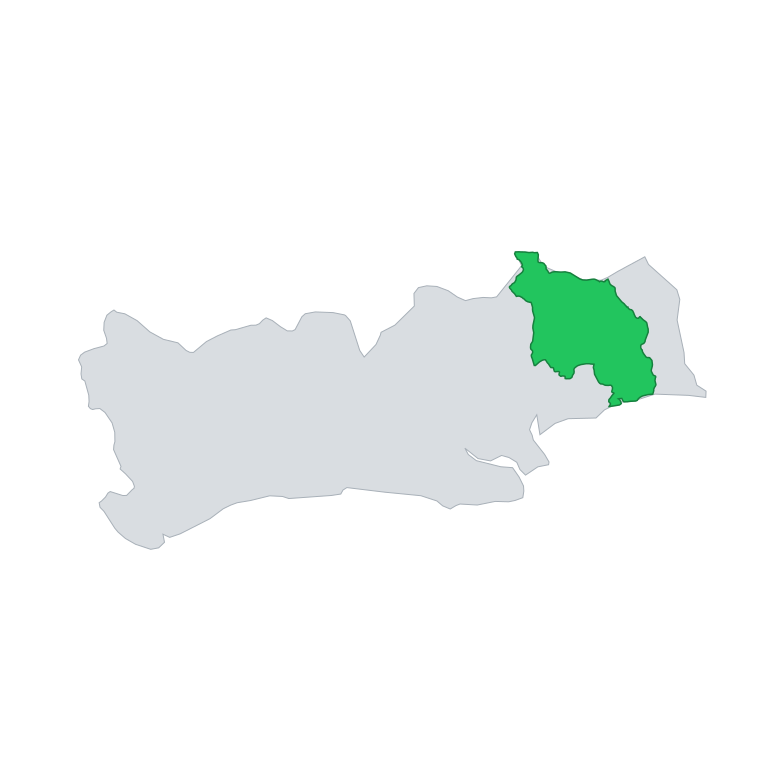 location of Beja within Portugal, rotated 253°
{"feature_id": "PRT-743", "entity_name": "Beja", "entity_type": "District", "adm_level": 1, "iso_a3": "PRT", "parent_name": "Portugal", "parent_adm1": "", "projection": "albers", "projection_center": [-7.969, 37.829], "detail": "fine", "context": "in_parent", "style": "filled", "palette": "green", "viewbox_px": 768, "rotation_deg": 253, "n_neighbors": 0, "source": "natural_earth", "source_scale": "10m", "svg_char_len": 6295}
<svg xmlns="http://www.w3.org/2000/svg" viewBox="0 0 768 768"><g transform="rotate(253 384 384)"><path d="M303.3,99.6L311.8,91.6L320.1,86.4L324.8,84.4L344.0,79.0L349.1,76.4L353.8,76.9L354.6,79.5L357.3,84.6L360.4,88.1L361.2,90.7L353.7,101.6L352.7,105.3L356.6,112.4L357.3,114.4L359.1,115.4L364.3,115.1L373.6,110.6L379.9,106.8L382.1,108.4L400.3,106.2L404.6,107.9L407.5,109.8L416.5,112.4L426.3,112.6L438.3,108.9L443.6,105.1L444.6,101.0L444.8,97.9L446.3,96.0L449.1,94.8L453.4,96.8L459.6,98.4L474.3,98.8L477.2,96.5L482.2,97.2L488.8,99.9L496.4,98.9L500.3,102.3L502.0,107.0L502.6,117.1L502.2,127.3L503.7,131.1L508.9,132.0L517.3,131.7L524.8,134.4L530.8,139.1L532.8,144.0L533.7,147.4L530.8,149.4L526.9,156.7L516.8,166.4L502.3,175.3L491.2,186.1L483.6,199.0L474.0,204.5L471.1,207.5L469.9,211.0L476.5,226.6L478.7,238.6L480.4,253.4L479.4,257.6L479.1,273.9L477.7,278.7L478.1,282.5L480.5,286.7L481.7,290.6L477.3,295.8L469.1,301.7L463.1,307.0L461.5,311.9L462.0,314.9L472.3,325.1L474.2,329.2L473.0,339.4L467.2,356.1L461.7,366.3L460.7,367.3L454.2,370.2L423.2,370.6L415.6,372.9L416.7,374.9L424.1,387.9L431.8,394.8L434.3,396.3L437.1,411.6L449.7,435.8L461.8,439.1L466.1,445.1L465.4,453.6L461.8,463.1L454.4,472.7L445.7,479.6L439.9,486.3L439.6,494.2L437.8,504.1L435.0,511.9L434.4,517.2L456.9,550.2L469.3,548.5L471.0,549.2L468.8,557.2L465.0,566.5L460.3,568.3L449.7,571.2L439.6,583.3L431.5,597.7L425.4,604.7L419.8,621.9L420.6,629.3L423.4,640.8L429.4,670.6L421.0,671.9L388.5,691.6L378.4,691.6L359.5,683.0L326.3,680.1L315.5,677.5L301.9,683.0L291.4,682.8L283.0,689.9L277.1,687.8L284.1,671.9L295.1,640.2L294.8,620.8L297.5,604.0L294.8,587.3L289.5,576.8L297.0,549.9L296.3,536.0L289.9,518.3L309.9,521.1L303.7,514.1L297.7,509.8L291.8,510.7L286.8,510.4L269.7,517.0L261.2,519.0L258.7,517.8L259.8,506.9L255.5,492.7L262.4,489.0L270.3,488.1L277.1,482.1L281.3,475.5L279.3,463.4L285.2,452.1L299.0,442.6L291.9,444.0L283.7,449.9L270.7,471.5L266.4,482.5L255.5,486.0L245.7,487.6L240.7,486.4L234.7,483.5L234.3,475.3L234.9,468.8L239.2,456.0L241.0,437.8L247.0,421.6L246.7,417.3L245.1,410.8L250.3,404.5L256.7,400.4L266.4,386.6L280.2,353.4L295.8,318.2L294.6,313.8L291.4,310.5L292.8,301.0L302.3,259.5L306.1,254.1L310.5,242.0L311.6,222.3L313.4,208.8L313.0,202.0L311.7,193.8L306.1,178.2L300.3,145.2L300.0,134.2L305.0,128.7L296.8,127.8L293.2,120.6L294.1,112.6L303.3,99.6Z" fill="#d9dde1" stroke="#a8b0b8" stroke-width="1"/><path d="M471.6,548.0L471.9,548.2L471.0,551.6L470.3,553.4L469.0,557.4L467.3,561.1L466.5,564.7L465.6,566.2L464.9,569.1L462.5,569.4L457.1,567.3L455.5,567.1L454.7,568.0L453.8,570.6L452.8,571.9L452.1,572.3L450.9,572.7L449.7,573.3L448.5,573.2L447.3,572.8L446.1,572.7L445.1,573.4L442.1,574.1L441.4,574.8L441.5,575.8L441.8,576.9L441.8,578.1L441.4,580.3L439.3,585.9L438.3,590.0L435.7,594.6L427.1,602.1L425.4,604.5L424.1,608.1L423.3,613.9L422.8,615.7L422.2,616.7L419.7,619.4L418.8,620.0L419.1,620.7L419.0,621.3L418.8,621.9L418.7,622.5L417.7,623.6L417.4,624.1L417.4,625.4L417.6,625.5L417.9,625.5L418.5,627.1L418.5,627.9L418.7,628.6L418.8,628.8L416.5,629.2L413.7,629.3L411.8,630.3L409.9,632.1L408.8,632.9L408.0,633.0L407.4,632.8L406.1,632.5L405.5,632.2L400.5,632.2L393.0,635.4L391.4,636.5L390.7,636.9L390.2,637.3L389.6,637.4L387.9,638.3L387.1,638.5L386.5,638.8L386.4,639.7L384.9,639.8L383.3,640.9L383.1,641.6L382.6,642.4L381.3,643.2L378.7,643.6L377.4,643.6L374.3,644.1L373.1,645.0L372.7,645.8L372.5,646.6L372.8,647.1L373.5,648.1L373.5,648.6L372.8,648.9L369.5,650.7L367.3,652.4L365.9,653.1L364.9,653.1L361.3,652.7L359.4,652.7L356.3,651.8L349.7,646.7L348.2,646.0L347.1,644.7L346.8,643.9L346.6,642.2L345.9,640.8L343.5,640.1L341.8,640.4L341.0,640.9L340.0,640.7L338.9,640.7L336.9,641.2L333.2,642.5L332.8,642.8L332.2,643.7L332.0,644.6L331.5,645.7L329.9,646.4L328.2,647.1L324.1,646.4L322.7,645.8L319.1,643.6L317.9,643.4L314.2,644.0L313.5,644.3L313.0,645.0L312.5,645.6L311.9,646.0L311.0,645.8L310.5,645.3L308.0,644.1L304.1,643.9L303.3,643.5L302.5,642.7L301.7,641.7L300.2,640.4L298.7,640.0L296.8,638.8L295.7,638.0L296.1,636.4L296.7,633.2L297.0,627.7L296.4,624.8L295.5,622.9L294.3,621.4L294.1,619.8L295.4,614.6L295.9,611.3L296.8,608.2L298.0,607.6L300.7,607.2L301.3,604.3L301.3,603.8L300.4,604.6L298.3,605.2L295.9,605.2L295.1,603.1L295.9,597.0L296.7,592.7L297.6,593.6L298.2,594.4L298.6,594.7L299.3,594.8L300.0,594.4L300.8,594.0L301.4,593.8L303.1,594.4L303.8,595.2L304.1,595.9L306.5,598.9L307.4,600.5L307.8,601.1L308.4,601.1L308.8,600.5L309.1,599.9L309.7,599.6L310.4,599.7L311.2,600.2L311.9,600.7L313.5,601.4L314.5,601.5L316.1,601.0L316.7,600.2L316.9,599.2L317.0,598.3L317.9,595.7L318.4,594.8L320.0,593.1L320.4,592.2L320.6,591.4L321.6,590.5L323.2,589.8L331.7,588.2L335.9,589.0L338.4,589.0L338.7,589.1L341.5,590.6L342.8,587.3L343.3,586.4L344.3,583.2L345.0,577.9L344.9,574.5L344.0,571.9L343.4,570.7L342.2,569.7L340.9,569.6L339.9,569.3L338.7,568.7L337.3,567.0L335.4,565.6L335.0,564.4L334.8,563.7L334.8,563.1L335.1,562.3L335.2,561.6L335.5,560.9L335.7,560.0L336.2,558.9L336.9,558.9L337.4,559.2L337.9,559.4L338.4,559.3L338.8,558.8L339.0,558.4L339.4,557.3L339.6,556.7L339.6,556.1L339.6,555.6L339.9,555.0L340.5,554.8L341.1,554.2L341.7,554.1L342.7,554.5L343.4,555.0L344.1,555.3L344.8,554.9L345.4,552.8L345.5,551.8L345.8,551.1L346.5,550.6L349.9,550.7L350.5,549.8L350.9,548.5L351.7,548.1L355.0,547.2L356.6,546.4L359.9,545.5L360.4,544.1L360.4,543.3L360.4,542.2L359.7,539.2L357.4,534.2L357.8,533.1L364.7,533.2L366.8,533.0L368.2,533.2L368.7,533.4L369.8,534.7L370.8,535.4L371.6,535.6L372.4,535.7L374.5,534.6L375.6,534.7L376.4,534.9L379.1,536.0L381.3,538.6L389.3,542.2L394.0,542.7L396.5,543.6L402.5,546.9L403.8,547.4L410.0,547.5L411.8,547.8L413.9,548.5L418.2,548.6L419.2,548.4L419.4,547.6L420.6,545.5L422.2,543.9L424.9,542.5L425.0,542.1L426.5,541.3L426.9,540.7L427.8,540.0L428.5,538.9L428.9,537.8L429.0,536.9L429.1,536.2L432.1,535.3L435.1,533.6L435.9,533.4L436.5,533.4L438.9,532.3L439.7,532.2L440.3,532.4L440.6,532.8L440.7,533.2L440.8,533.8L441.0,534.2L441.4,534.8L441.9,535.4L442.3,536.2L442.5,537.1L442.7,538.0L443.1,538.8L445.0,540.7L447.5,541.8L448.0,542.5L448.3,543.3L448.5,544.1L449.5,546.6L449.8,547.4L450.6,549.1L451.5,550.0L452.6,550.8L454.0,550.9L454.9,550.6L455.5,550.1L455.9,549.9L457.2,551.1L458.6,551.1L461.0,550.6L463.3,549.5L464.5,547.9L465.0,548.1L467.7,547.3L470.3,547.0L471.6,548.0Z" fill="#22c55e" stroke="#15803d" stroke-width="1.5"/></g></svg>